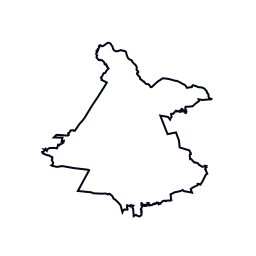 outline of Jala, Nayarit, Mexico, rotated 341°
{"feature_id": "50627088B47723743355914", "entity_name": "Jala", "entity_type": "district", "adm_level": 2, "iso_a3": "MEX", "parent_name": "Mexico", "parent_adm1": "Nayarit", "projection": "mercator", "projection_center": [-104.394, 21.203], "detail": "fine", "context": "isolated", "style": "outline", "palette": "ink", "viewbox_px": 256, "rotation_deg": 341, "n_neighbors": 0, "source": "geoboundaries", "source_scale": "gbopen_adm2", "svg_char_len": 5868}
<svg xmlns="http://www.w3.org/2000/svg" viewBox="0 0 256 256"><g transform="rotate(341 128 128)"><path d="M112.3,214.6L112.3,214.2L112.7,213.5L112.9,213.4L113.3,212.5L113.1,211.9L113.2,211.2L113.8,211.2L114.0,209.3L113.6,209.1L113.8,208.7L114.5,208.3L115.8,206.8L115.8,206.6L115.6,206.5L115.6,205.3L115.8,204.4L116.3,203.4L116.6,203.5L117.0,204.8L117.1,206.1L117.4,206.3L118.3,206.1L118.1,207.1L118.8,207.2L120.0,207.6L120.2,206.8L120.6,207.1L120.8,207.3L121.4,207.1L122.2,207.4L122.2,207.2L121.5,207.0L122.3,207.1L121.6,206.9L121.9,206.3L121.9,205.3L123.1,205.6L122.9,206.5L123.0,206.9L122.5,208.1L123.1,207.0L123.3,207.5L123.7,207.7L123.4,208.3L123.5,208.3L123.8,207.7L123.9,207.8L123.7,208.3L125.7,208.7L126.0,208.7L126.9,208.1L127.6,208.2L128.5,208.7L129.3,208.6L129.2,208.2L130.4,208.6L130.7,208.3L130.7,208.0L131.0,207.8L132.2,208.6L131.8,209.1L132.3,209.7L132.3,210.1L133.3,209.9L134.0,210.1L134.1,209.5L135.3,209.3L136.7,208.5L138.1,208.5L138.9,208.6L139.6,209.4L139.9,209.5L140.5,209.3L140.6,209.2L142.9,209.8L143.4,210.1L145.4,210.5L146.6,204.6L151.3,204.0L156.7,204.7L159.1,204.5L159.5,204.4L160.3,205.9L165.5,208.8L166.2,209.0L166.4,209.3L167.5,210.0L167.4,206.2L168.3,205.8L170.3,205.3L174.7,204.8L175.5,204.5L175.7,203.5L176.3,203.6L176.6,203.9L177.1,204.1L177.4,204.7L178.0,205.2L181.9,202.0L183.2,200.6L184.3,199.6L185.9,197.8L187.5,197.1L188.0,197.1L188.0,196.3L187.8,193.8L188.0,193.4L187.8,193.2L187.8,192.7L187.5,192.0L188.1,191.3L189.5,190.7L189.4,189.9L189.8,189.5L188.7,188.9L188.7,189.4L185.5,188.8L183.4,186.1L182.9,185.6L182.9,184.7L181.8,183.3L181.0,183.1L180.4,182.4L179.5,182.3L177.5,177.7L177.1,177.5L177.0,177.1L176.7,177.2L177.5,173.9L177.8,173.3L179.0,173.1L179.2,171.6L178.8,171.2L178.8,169.2L170.5,163.2L171.9,157.4L172.1,155.6L171.9,147.8L163.4,146.7L162.6,126.8L169.5,130.6L170.5,133.7L170.8,133.3L171.1,133.2L171.3,132.9L171.4,132.6L172.4,132.0L173.0,131.4L173.1,129.3L173.3,128.8L173.7,129.0L174.3,128.8L175.6,129.3L177.4,128.0L178.2,127.7L178.6,127.9L179.0,127.3L179.6,127.7L179.9,128.3L180.7,128.1L181.9,129.4L183.0,129.9L183.9,129.5L184.1,129.6L183.4,128.2L185.0,127.4L186.3,129.1L187.2,131.6L187.0,132.1L187.6,132.4L187.7,132.6L188.1,132.3L188.1,131.9L188.3,131.7L188.1,131.6L187.9,130.6L188.3,130.1L188.8,129.8L188.4,128.6L189.1,126.9L189.4,126.7L193.2,127.8L196.1,128.5L199.3,127.1L204.1,125.5L204.1,123.8L207.4,125.7L216.4,128.0L217.0,128.3L216.5,127.7L216.1,127.6L215.4,127.0L214.8,126.3L214.4,125.7L214.3,125.1L214.5,124.1L214.9,123.0L214.7,121.2L214.2,120.6L214.2,119.9L214.4,119.5L214.2,118.3L212.9,115.5L211.5,114.0L207.9,112.3L207.0,111.6L205.9,110.5L204.9,109.9L203.7,108.8L203.4,108.7L202.4,109.0L202.1,109.7L201.6,110.1L200.8,110.0L199.7,109.6L197.6,109.4L196.7,109.1L196.7,108.4L196.3,107.0L195.8,105.9L194.5,104.6L192.1,101.8L189.5,99.3L188.4,99.0L187.7,98.4L185.9,97.3L184.8,96.4L181.9,94.6L178.9,93.1L176.9,92.3L170.6,94.0L164.0,96.9L163.3,97.0L162.7,96.6L162.0,94.0L161.7,93.6L161.2,93.0L159.9,92.5L159.2,91.9L158.8,90.9L158.2,90.1L158.3,89.6L158.0,89.0L157.2,88.3L156.4,86.7L155.5,85.9L155.4,85.5L155.7,85.1L155.8,83.7L155.3,83.0L155.2,82.5L154.2,80.2L154.2,79.4L155.0,78.7L155.4,78.6L155.6,78.8L156.0,78.4L156.0,77.8L155.2,76.3L155.1,75.5L155.6,74.6L155.7,74.0L156.1,73.4L155.9,72.1L155.9,71.6L155.2,69.9L154.5,69.0L153.6,66.6L153.6,65.9L153.4,65.1L152.0,63.8L151.2,62.9L150.8,61.8L150.6,60.4L150.6,57.4L150.9,56.0L150.6,54.9L150.3,54.5L149.8,54.0L149.0,53.7L147.5,52.7L146.8,52.3L146.6,52.0L143.3,52.0L141.7,51.6L141.1,51.2L140.2,50.1L139.7,48.7L139.7,47.5L139.9,45.7L139.4,44.8L139.1,43.0L138.6,42.1L137.9,41.3L136.5,40.8L135.1,41.3L131.1,42.4L130.0,42.2L129.6,41.9L129.3,41.3L128.6,40.6L127.9,40.6L127.9,40.9L127.2,41.4L127.4,41.7L127.3,41.9L127.3,42.1L126.8,42.6L125.8,43.6L125.4,43.4L125.0,43.6L124.9,45.0L124.3,45.2L124.1,44.7L123.5,44.6L123.4,44.8L123.5,45.7L123.2,45.8L123.3,46.6L122.7,46.7L122.3,47.0L122.0,47.8L122.0,48.5L122.1,48.9L122.5,49.4L122.4,49.6L121.3,50.7L121.2,51.0L122.0,53.1L122.2,53.6L122.6,53.9L122.6,54.3L122.9,54.5L123.7,54.4L124.4,55.2L125.1,55.2L125.6,55.6L126.0,56.2L126.3,57.0L127.0,58.3L126.9,58.7L126.7,59.3L126.7,60.1L127.6,61.1L128.0,60.8L128.3,62.0L128.0,63.4L128.6,64.1L128.9,65.5L126.9,66.4L124.2,68.6L122.8,68.3L121.5,69.5L120.2,70.9L118.8,71.5L119.1,73.2L118.6,73.8L122.8,78.1L118.3,81.9L108.6,89.6L101.7,94.8L90.0,104.5L87.7,106.0L83.3,108.5L76.2,113.8L76.4,113.4L76.1,112.9L75.7,112.9L75.4,112.2L73.0,111.6L71.2,113.2L69.8,113.4L69.5,114.1L69.8,115.2L68.6,115.6L62.8,113.1L58.1,111.2L54.8,112.8L62.9,115.8L60.9,119.1L63.2,119.2L63.0,119.6L62.1,120.8L61.8,120.7L61.0,121.1L60.8,121.0L59.9,121.3L59.4,121.4L59.2,121.5L58.9,121.5L58.3,121.3L57.8,121.3L57.6,121.5L57.2,121.4L57.1,121.7L56.4,121.1L55.4,122.6L54.3,124.1L51.2,122.6L47.1,121.4L44.9,121.9L43.9,123.1L43.4,121.5L43.2,121.4L43.2,121.1L42.6,121.6L42.5,121.4L42.3,121.5L42.1,121.2L41.7,121.0L41.8,121.2L41.6,121.9L41.4,122.1L40.8,122.9L39.8,122.9L39.3,122.6L39.0,122.7L39.1,123.8L39.3,124.2L39.4,124.3L39.5,124.7L43.0,127.5L44.6,128.4L44.6,128.6L45.7,129.8L46.0,130.2L46.8,130.6L46.9,130.9L46.7,131.9L46.4,132.1L46.1,132.9L45.7,133.1L45.4,133.6L45.9,135.8L45.7,137.1L45.0,137.6L44.8,138.0L43.4,138.4L44.2,139.2L47.6,141.3L49.0,141.9L51.8,142.2L51.9,142.4L53.1,142.5L54.4,143.1L63.4,148.1L76.7,154.5L77.5,155.3L60.1,171.2L72.4,176.9L74.1,178.5L81.9,181.6L83.7,182.2L84.1,182.2L86.1,183.0L87.5,184.3L88.1,184.0L89.2,184.3L89.6,184.6L89.9,185.6L90.7,186.6L91.4,189.0L91.2,189.9L92.9,192.1L94.5,195.2L95.8,198.6L95.3,205.9L96.6,204.6L97.8,203.8L98.7,204.3L98.9,204.2L99.8,204.4L100.8,204.9L100.9,205.0L101.2,204.6L101.3,203.4L101.3,202.2L102.0,200.8L104.7,202.9L105.4,201.8L107.8,203.2L106.9,203.8L106.2,204.6L106.3,205.4L106.6,205.9L104.7,213.2L107.1,212.7L107.4,212.8L107.9,213.7L108.6,214.3L108.9,214.4L109.1,214.7L110.3,215.4L110.6,215.4L112.3,214.6Z" fill="none" stroke="#020617" stroke-width="2"/></g></svg>